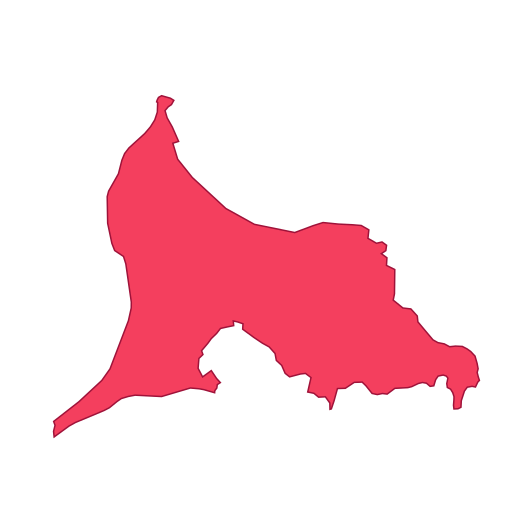 outline of Chiba, rotated 266°
{"feature_id": "JPN-1855", "entity_name": "Chiba", "entity_type": "Prefecture", "adm_level": 1, "iso_a3": "JPN", "parent_name": "Japan", "parent_adm1": "", "projection": "mercator", "projection_center": [140.102, 35.49], "detail": "fine", "context": "isolated", "style": "filled", "palette": "rose", "viewbox_px": 512, "rotation_deg": 266, "n_neighbors": 0, "source": "natural_earth", "source_scale": "10m", "svg_char_len": 2226}
<svg xmlns="http://www.w3.org/2000/svg" viewBox="0 0 512 512"><g transform="rotate(266 256 256)"><path d="M416.7,167.6L418.3,168.2L421.0,169.8L422.5,173.0L419.4,181.6L417.0,184.9L412.9,182.2L411.0,178.9L407.4,175.4L400.0,177.0L390.5,181.5L375.7,186.8L374.3,180.9L358.0,184.6L338.8,197.9L305.5,229.2L287.7,256.6L276.7,296.3L282.3,315.2L284.7,325.2L282.1,340.3L280.5,353.9L279.1,363.1L274.2,370.4L265.8,368.9L260.3,377.1L261.2,382.7L257.6,387.0L252.3,385.9L249.6,381.2L245.1,386.5L237.5,385.5L232.8,393.5L221.8,392.6L208.6,391.5L202.4,389.8L193.9,398.9L192.4,406.8L184.9,412.7L179.0,412.9L168.9,420.2L160.0,426.7L156.9,431.4L155.2,437.7L152.0,442.8L152.2,448.8L151.4,455.5L148.6,460.1L145.8,463.5L140.9,467.5L133.3,469.1L128.0,469.7L124.4,468.5L120.0,469.3L116.3,470.2L114.8,468.5L110.0,465.8L110.9,462.5L110.4,457.6L106.7,454.5L97.3,450.7L90.8,449.9L89.5,446.8L89.6,442.8L93.3,442.6L98.7,443.4L101.9,443.7L106.0,442.7L109.6,440.8L111.5,437.7L115.4,437.4L120.8,438.9L122.9,437.5L124.2,434.4L123.5,429.3L120.1,426.6L114.1,424.3L113.8,420.6L117.2,417.2L118.2,413.2L117.5,409.1L114.8,402.2L114.1,398.3L114.3,385.3L109.1,377.2L110.0,372.5L109.3,367.3L110.8,362.2L118.9,356.6L122.8,353.1L123.1,345.2L117.8,335.9L118.1,328.0L105.9,323.7L98.2,320.5L97.9,319.1L104.2,319.4L110.7,315.4L110.8,308.6L115.0,304.2L116.7,298.1L130.9,302.4L135.4,297.2L135.2,292.2L133.1,281.1L136.9,276.9L145.1,274.0L150.4,269.0L157.4,268.2L164.4,262.8L168.6,256.3L174.9,248.2L183.9,237.6L189.3,238.3L191.5,233.1L192.8,228.8L188.1,228.9L187.2,222.1L186.2,215.5L181.5,211.3L176.7,205.6L172.3,201.9L165.3,195.1L161.4,196.2L157.8,191.9L148.0,190.4L139.1,194.3L144.8,203.4L136.6,208.1L132.2,211.6L130.4,208.4L127.0,207.7L124.5,205.5L122.5,205.2L126.3,194.7L127.5,190.1L128.9,181.3L122.4,152.0L125.6,125.7L124.8,118.8L123.2,111.7L120.6,107.3L114.9,99.2L112.5,93.7L102.5,64.2L99.4,57.6L89.6,42.0L95.2,41.8L101.1,43.7L105.1,42.6L123.0,69.2L142.6,93.5L153.6,102.5L200.3,124.2L212.8,127.9L218.7,128.4L257.2,125.6L264.8,123.8L271.3,115.4L278.7,113.1L299.0,110.3L325.6,111.7L331.0,113.5L347.6,124.5L360.9,128.9L367.4,132.1L372.7,136.8L385.9,153.5L392.2,159.7L398.8,164.5L406.4,167.6L416.0,168.6L416.7,167.6Z" fill="#f43f5e" stroke="#9f1239" stroke-width="1.5"/></g></svg>